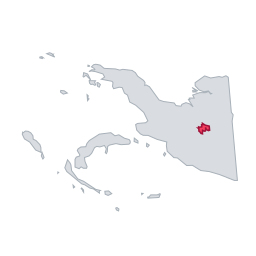 location of Komo/Magarima District, Southern Highlands, Papua New Guinea, rotated 175°
{"feature_id": "67681753B72976764448166", "entity_name": "Komo/Magarima District", "entity_type": "district", "adm_level": 2, "iso_a3": "PNG", "parent_name": "Papua New Guinea", "parent_adm1": "Southern Highlands", "projection": "robinson", "projection_center": [143.048, -6.045], "detail": "fine", "context": "in_parent", "style": "filled", "palette": "rose", "viewbox_px": 256, "rotation_deg": 175, "n_neighbors": 0, "source": "geoboundaries", "source_scale": "gbopen_adm2", "svg_char_len": 4120}
<svg xmlns="http://www.w3.org/2000/svg" viewBox="0 0 256 256"><g transform="rotate(175 128 128)"><path d="M23.7,169.8L23.7,134.6L22.1,132.0L23.7,125.7L23.6,66.2L26.6,66.5L41.0,73.7L50.8,77.5L59.2,79.3L67.1,85.2L72.8,85.5L81.4,93.9L84.9,94.5L91.0,101.4L91.3,107.1L90.6,110.7L99.9,114.1L108.7,118.9L113.5,119.4L116.2,121.1L119.5,125.2L120.1,130.7L118.2,131.7L109.9,131.7L107.6,133.4L110.9,142.1L118.3,150.0L124.0,153.7L125.6,160.8L128.5,163.1L130.3,168.8L133.2,169.4L138.9,168.4L139.8,170.8L139.0,174.4L139.8,175.9L150.3,178.9L146.8,180.8L148.3,184.1L155.2,186.9L159.4,188.0L162.0,187.6L159.0,189.2L156.3,188.8L155.8,189.3L156.9,190.6L159.1,192.1L156.8,194.0L154.5,194.3L150.3,193.1L146.6,189.5L135.2,187.9L131.2,186.4L128.1,186.9L118.9,185.0L115.8,182.5L113.8,178.7L108.4,174.1L107.1,171.9L107.6,168.9L106.1,169.3L103.0,167.2L94.6,153.2L90.3,151.3L79.8,148.9L78.2,146.1L73.3,145.1L72.2,146.9L68.1,148.2L64.7,146.8L61.3,143.4L65.3,151.1L63.9,151.1L64.5,152.3L63.8,152.5L59.4,152.0L60.7,155.2L53.4,157.0L48.0,156.4L45.4,157.1L44.3,157.1L42.9,154.7L41.0,155.1L42.6,155.2L44.7,157.9L49.3,157.5L53.7,159.6L57.4,164.2L57.2,167.3L47.1,173.2L41.3,170.6L32.8,171.3L29.7,170.3L25.9,171.5L23.7,169.8ZM176.0,91.8L178.1,93.4L180.2,91.7L184.2,93.7L183.5,101.4L182.1,103.5L178.7,104.3L178.3,105.4L180.5,109.9L179.6,111.5L176.6,113.2L171.7,113.0L170.3,116.1L167.6,118.9L157.0,124.4L145.5,124.8L141.7,121.4L137.7,122.0L132.4,118.1L127.9,116.4L127.0,114.9L127.1,112.9L128.4,111.8L136.3,112.0L141.4,113.5L148.0,112.6L149.9,111.4L150.6,106.5L151.7,104.4L152.8,105.4L151.4,109.2L153.0,112.6L157.7,111.6L160.7,112.4L163.0,111.4L166.4,106.0L169.1,103.6L173.9,102.4L173.8,98.5L172.1,93.1L172.8,91.5L176.0,91.8ZM233.9,131.1L233.3,132.9L233.0,132.3L230.5,133.9L227.8,133.4L225.3,131.7L223.4,128.6L223.4,125.1L220.7,123.5L217.2,119.1L216.5,116.1L216.8,111.3L221.9,114.1L227.1,122.5L232.1,126.2L233.9,131.1ZM194.4,93.9L191.0,101.6L188.9,98.4L188.1,96.3L187.9,90.4L182.5,81.7L176.9,78.8L165.5,69.7L161.0,68.2L162.1,67.8L162.1,65.6L167.7,70.3L171.2,71.5L175.9,75.1L179.0,76.4L192.8,90.0L194.4,93.9ZM103.5,56.1L114.3,56.4L114.5,57.4L113.1,57.5L111.2,59.4L104.8,58.8L101.9,59.8L101.7,58.5L102.8,58.1L102.6,56.7L103.5,56.1ZM157.5,173.5L159.5,174.8L161.2,174.6L162.4,176.1L162.6,178.6L161.9,179.1L161.5,178.4L156.2,177.9L157.3,176.5L156.3,173.7L157.5,173.5ZM156.6,67.0L152.8,67.0L149.9,64.0L153.7,62.6L156.5,64.0L156.6,67.0ZM165.2,184.2L167.7,182.6L168.3,183.2L167.3,187.0L163.5,185.3L161.0,179.2L165.2,184.2ZM185.4,168.1L189.5,167.4L191.5,169.1L192.1,169.7L191.7,171.3L188.3,170.6L185.4,168.1ZM194.8,205.0L202.5,209.1L199.6,209.8L197.2,208.7L196.9,207.7L195.9,208.0L196.4,207.3L194.8,205.0ZM122.6,117.4L119.2,114.2L119.4,112.1L123.1,114.0L122.6,117.4ZM155.0,175.8L154.0,175.9L151.7,173.7L153.1,171.2L154.6,172.1L155.0,175.8ZM215.7,111.1L214.2,106.0L215.5,104.5L216.8,107.7L215.7,111.1ZM110.7,111.1L108.3,109.1L110.1,107.3L111.2,108.2L110.7,111.1ZM147.2,49.3L145.9,49.7L144.1,48.1L144.6,46.2L146.7,47.4L147.2,49.3ZM95.0,98.5L93.6,100.4L92.6,98.9L94.2,96.9L95.0,98.5ZM165.9,158.7L165.9,164.8L164.8,163.6L165.4,161.1L164.3,160.4L165.9,158.7ZM58.3,160.3L60.6,162.8L55.0,158.8L58.3,160.3ZM60.3,159.7L57.2,158.7L56.6,157.9L60.2,158.2L60.3,159.7ZM209.8,205.5L209.6,206.4L207.6,206.6L206.2,205.3L207.5,205.6L207.3,204.7L209.8,205.5ZM187.6,73.1L187.7,75.9L186.2,73.9L187.6,73.1ZM180.0,71.6L179.4,72.3L177.9,70.3L178.2,69.9L180.0,71.6ZM162.6,192.9L162.4,194.1L161.0,193.5L161.2,192.7L162.6,192.9ZM178.7,69.4L177.7,69.7L177.8,67.8L178.7,69.4ZM120.1,60.4L120.2,61.8L118.7,61.5L120.1,60.4ZM201.9,89.0L201.7,90.3L200.9,89.8L201.9,89.0Z" fill="#d9dde1" stroke="#a8b0b8" stroke-width="1"/><path d="M54.3,115.7L54.3,116.2L54.3,116.4L53.9,119.2L52.6,118.3L51.6,118.2L51.1,118.3L51.0,118.5L51.0,118.9L50.8,119.6L50.8,119.8L50.7,121.9L50.1,119.7L49.1,119.0L48.5,118.6L47.9,118.4L47.7,118.8L47.6,118.7L46.9,118.7L46.9,122.8L50.8,124.1L53.4,126.1L53.4,125.5L52.9,124.9L54.4,124.9L54.4,124.5L54.4,122.7L57.0,122.6L57.5,122.9L57.5,121.7L58.2,121.8L57.6,121.2L57.6,119.8L57.6,118.6L57.0,118.2L55.7,116.2L54.3,115.7Z" fill="#f43f5e" stroke="#9f1239" stroke-width="1.5"/></g></svg>